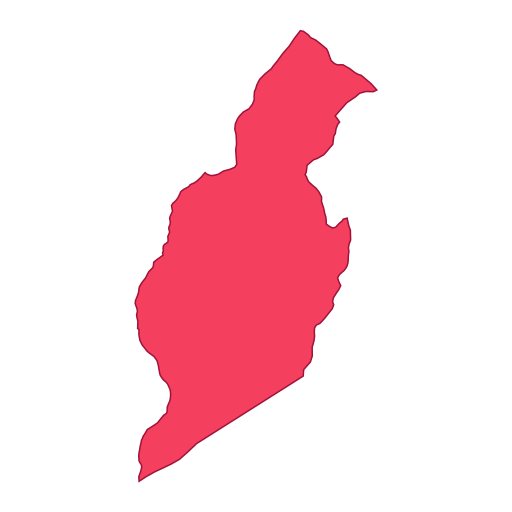 outline of Ugentse, Samchi, Bhutan
{"feature_id": "84629894B16110378208997", "entity_name": "Ugentse", "entity_type": "district", "adm_level": 2, "iso_a3": "BTN", "parent_name": "Bhutan", "parent_adm1": "Samchi", "projection": "albers", "projection_center": [89.003, 26.958], "detail": "fine", "context": "isolated", "style": "filled", "palette": "rose", "viewbox_px": 512, "rotation_deg": 0, "n_neighbors": 0, "source": "geoboundaries", "source_scale": "gbopen_adm2", "svg_char_len": 3358}
<svg xmlns="http://www.w3.org/2000/svg" viewBox="0 0 512 512"><path d="M300.3,30.7L294.3,38.5L289.2,46.2L283.0,53.2L277.7,60.5L272.9,66.4L271.4,68.7L265.2,73.7L259.6,79.4L256.8,85.0L255.8,88.5L254.5,91.4L254.1,96.1L254.2,99.7L252.5,104.1L249.1,108.7L243.3,112.0L239.6,115.8L237.4,119.1L235.4,123.8L234.8,129.1L236.1,134.4L236.4,140.0L236.5,144.7L235.7,149.8L236.7,164.4L234.7,167.3L229.9,169.3L223.6,171.0L218.4,174.2L214.6,175.2L211.0,175.6L207.1,174.3L205.1,172.6L203.2,174.7L201.8,176.5L199.5,178.7L197.0,181.0L194.1,183.0L192.2,183.7L190.0,184.9L188.9,186.5L186.7,187.8L183.8,189.3L182.1,190.5L180.6,192.0L179.8,194.0L179.0,195.7L177.8,198.0L176.3,200.1L175.0,201.4L172.8,203.3L171.5,205.6L172.0,208.5L172.5,211.3L171.2,214.0L170.3,216.0L169.6,218.2L170.3,221.8L170.0,224.7L169.1,226.4L168.7,228.5L169.6,232.0L168.9,234.0L167.8,236.5L168.0,238.4L168.1,241.5L166.9,242.8L164.3,244.6L163.3,246.1L163.1,248.9L163.3,250.8L162.5,253.2L163.2,255.0L160.0,257.4L157.8,258.9L155.5,260.7L153.7,262.2L153.4,265.5L152.8,267.6L150.9,269.5L148.8,271.7L147.5,274.1L145.7,277.8L144.4,279.4L141.6,283.0L139.5,286.6L139.0,288.4L138.8,290.8L138.4,292.8L137.8,294.8L136.4,298.4L135.5,300.5L135.2,303.6L137.0,308.8L137.4,311.2L136.6,314.8L136.9,317.2L137.9,321.4L137.6,328.5L139.0,329.7L138.9,332.4L138.9,334.5L139.5,338.2L139.9,340.3L140.9,342.4L142.2,345.0L144.2,347.5L145.5,349.1L146.9,351.0L148.8,352.7L151.7,354.8L154.1,356.6L155.8,358.9L157.1,360.9L158.3,365.3L159.3,371.2L159.7,373.2L160.2,375.2L161.8,377.8L163.4,379.9L165.8,381.9L167.5,383.8L168.6,386.2L170.1,389.7L170.5,392.2L170.6,394.1L170.5,397.0L169.9,400.6L168.7,403.4L167.3,406.8L167.1,410.6L166.9,412.6L165.7,414.0L163.8,415.1L160.7,418.8L158.7,421.4L157.3,423.0L153.7,425.5L151.5,426.9L149.0,428.5L147.4,429.4L145.3,433.0L144.4,434.5L143.3,436.0L142.5,438.1L141.5,440.2L141.0,442.9L140.1,446.6L139.8,449.0L139.1,452.3L138.7,456.0L138.9,458.0L139.0,460.6L139.8,462.5L141.3,464.6L141.7,467.2L140.9,470.6L140.0,473.3L138.8,476.8L139.1,481.3L145.9,476.8L154.6,471.9L171.1,464.1L179.5,459.3L187.5,452.2L196.7,443.5L277.3,392.5L303.2,376.1L303.7,369.6L306.7,366.2L310.4,362.0L311.0,360.0L312.3,355.9L312.2,351.0L312.2,347.0L314.0,340.9L314.6,336.0L314.3,331.7L314.6,327.8L316.4,325.0L319.8,323.5L322.5,320.7L324.9,318.0L327.6,314.6L332.2,308.8L333.7,304.8L332.6,301.7L333.4,297.8L336.3,293.2L338.8,289.6L340.7,285.6L338.8,281.6L337.6,277.9L339.4,274.6L344.1,270.5L346.1,267.8L347.0,266.0L347.8,263.5L348.2,260.5L348.3,256.2L348.9,251.3L348.4,247.6L349.1,244.1L350.6,240.1L350.6,237.9L350.5,235.5L350.4,230.2L348.9,226.1L347.1,218.1L343.2,219.2L342.3,220.8L339.2,223.4L335.7,227.2L332.8,228.0L329.8,226.6L326.3,224.1L326.2,220.2L325.8,216.9L324.8,213.7L323.7,208.3L321.5,201.5L321.6,196.9L318.9,191.9L316.2,188.4L312.5,185.3L308.9,182.0L307.5,179.6L306.5,176.7L305.1,174.8L306.1,172.6L306.5,170.5L307.1,165.3L312.4,160.7L313.9,159.6L317.2,158.5L323.7,154.8L325.7,152.7L330.2,147.3L332.8,144.3L333.8,136.1L335.3,133.6L336.0,129.0L337.6,124.6L339.6,122.1L337.4,118.8L335.2,115.9L346.8,102.7L355.5,96.8L359.7,93.2L366.0,91.5L373.3,91.7L376.8,90.0L371.3,83.9L366.2,79.5L361.0,75.2L358.7,74.6L355.1,72.8L350.1,68.9L343.0,64.8L337.2,64.8L334.5,63.6L331.2,60.7L329.7,56.9L328.1,52.0L326.6,48.9L321.5,44.7L315.8,40.1L310.6,37.6L308.1,34.7L303.4,31.3L300.3,30.7Z" fill="#f43f5e" stroke="#9f1239" stroke-width="1.5"/></svg>